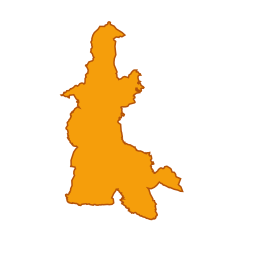 the district of Tonkolili, Northern, Sierra Leone, rotated 112°
{"feature_id": "65957751B39959109464342", "entity_name": "Tonkolili", "entity_type": "district", "adm_level": 2, "iso_a3": "SLE", "parent_name": "Sierra Leone", "parent_adm1": "Northern", "projection": "mercator", "projection_center": [-11.945, 8.764], "detail": "fine", "context": "isolated", "style": "filled", "palette": "amber", "viewbox_px": 256, "rotation_deg": 112, "n_neighbors": 0, "source": "geoboundaries", "source_scale": "gbopen_adm2", "svg_char_len": 5931}
<svg xmlns="http://www.w3.org/2000/svg" viewBox="0 0 256 256"><g transform="rotate(112 128 128)"><path d="M36.7,183.9L36.6,185.0L37.0,185.8L37.9,186.1L38.7,185.7L39.9,186.1L41.2,187.6L42.6,187.7L44.3,192.1L47.5,192.7L52.1,194.9L55.0,195.3L58.5,195.0L60.3,194.3L62.2,194.6L63.7,193.1L65.4,192.3L66.1,191.5L67.5,191.4L68.6,191.9L70.5,191.1L71.5,191.1L72.4,189.0L75.0,186.8L75.2,186.0L76.7,186.4L77.8,185.8L78.9,186.1L81.4,189.0L84.9,189.5L85.1,190.4L85.7,190.4L85.9,190.7L86.2,190.6L86.2,189.7L86.8,189.4L87.1,188.7L89.2,186.6L92.5,185.8L92.7,186.5L94.8,187.2L96.3,186.0L96.4,186.3L96.8,186.1L98.2,186.3L101.0,185.2L102.9,184.8L103.7,185.4L103.3,186.6L103.8,188.0L104.9,189.2L107.2,189.9L108.2,190.6L107.9,191.7L108.5,192.8L111.0,193.8L113.1,195.5L113.1,195.9L115.4,196.8L116.4,198.7L118.0,199.0L119.2,199.9L118.8,200.5L119.0,200.7L121.5,200.6L122.5,202.4L122.8,201.9L121.9,200.1L122.3,197.9L121.4,195.7L121.4,195.3L122.1,195.0L122.0,193.8L121.2,194.0L120.6,194.6L119.4,194.3L117.5,190.8L120.5,186.8L120.9,184.4L122.1,183.7L121.9,184.9L122.2,185.3L123.0,185.3L123.5,183.6L125.8,183.2L127.4,180.6L127.4,182.7L127.8,183.0L130.2,184.5L132.0,184.7L132.5,185.2L133.0,185.0L133.8,185.5L134.0,185.3L134.1,185.8L134.6,185.5L135.0,186.2L135.8,186.1L136.5,186.6L137.4,186.2L137.7,185.6L137.9,185.8L138.8,184.9L139.5,185.2L141.0,185.0L142.2,185.7L143.7,185.6L145.7,186.4L148.1,184.9L151.0,185.5L151.9,185.1L152.5,183.3L154.4,181.9L155.5,181.7L156.0,181.9L157.4,180.4L157.6,180.8L158.6,180.2L159.5,180.4L159.6,179.5L160.1,179.8L160.3,179.5L160.1,178.7L160.5,178.5L160.6,179.0L160.8,178.9L162.0,176.6L163.0,176.2L163.6,174.5L163.3,173.9L164.2,173.8L164.6,172.8L164.4,172.5L165.0,172.0L164.7,169.9L164.2,169.0L164.7,167.6L167.3,168.6L170.7,169.3L179.3,168.7L183.7,166.8L185.1,166.7L185.1,166.4L184.3,166.3L184.6,164.7L184.1,162.6L185.5,161.4L186.3,161.9L188.4,161.9L190.7,161.1L192.1,159.8L197.7,160.4L202.3,158.3L205.7,158.4L207.8,157.8L209.1,158.1L209.5,157.8L210.3,158.3L210.7,158.0L212.3,158.5L212.6,159.4L212.3,159.9L213.0,160.7L213.4,160.8L214.4,160.2L214.6,159.3L215.3,159.0L215.3,158.2L216.2,158.5L216.7,157.5L217.3,157.8L218.5,156.9L219.1,156.1L219.0,155.1L219.4,154.7L218.9,151.9L218.6,151.2L218.2,151.3L217.7,148.4L217.3,147.7L217.5,145.2L217.8,145.3L218.0,144.7L217.5,142.8L216.0,142.2L213.9,138.4L214.2,137.7L212.9,135.4L213.2,134.7L212.7,131.9L212.4,131.1L211.7,130.9L211.2,129.7L211.4,128.7L210.8,126.9L209.8,125.5L209.4,124.1L208.7,123.5L208.5,122.4L206.6,118.6L206.0,116.5L204.7,114.2L202.8,113.2L199.5,115.0L199.1,115.5L198.9,116.9L194.2,116.7L190.8,115.9L189.2,116.0L188.4,114.4L189.5,114.4L189.5,113.2L190.6,111.9L190.8,110.2L191.3,110.2L191.0,109.6L191.7,109.6L192.5,108.4L192.6,107.5L193.3,107.2L193.8,106.3L194.1,107.0L195.3,106.1L195.4,105.7L195.6,106.3L195.1,106.7L195.5,107.5L196.6,107.1L196.7,107.6L197.3,107.8L197.5,108.3L197.8,108.2L198.6,104.7L198.9,104.4L199.2,104.6L199.3,105.2L200.0,105.7L200.6,104.9L200.2,104.5L201.1,102.7L201.4,100.6L202.2,100.5L202.7,99.5L202.5,99.1L202.9,96.9L202.5,96.9L203.2,96.2L203.5,96.6L204.5,96.6L204.5,95.3L204.9,94.8L204.9,93.8L205.5,92.7L204.9,92.2L205.0,91.1L203.6,89.7L203.8,88.4L204.3,87.8L204.4,85.7L204.1,85.2L204.8,84.3L204.8,82.8L204.4,82.6L204.8,80.7L204.4,78.8L204.8,77.0L204.5,76.4L204.4,73.3L203.9,71.6L203.3,71.4L202.5,69.8L202.1,70.2L201.7,68.9L200.7,68.6L199.6,69.2L198.3,68.3L197.8,68.7L197.4,68.5L196.3,69.5L195.1,71.3L193.9,71.5L193.3,72.1L192.8,71.6L191.5,72.7L190.8,72.9L190.7,73.3L188.9,73.8L188.0,73.3L186.9,75.4L185.5,76.3L185.9,77.7L184.3,78.5L180.9,82.6L177.1,85.7L176.3,87.1L176.1,85.2L175.4,83.5L173.1,81.4L170.4,79.9L166.4,78.7L167.0,76.5L166.8,75.7L167.7,73.8L167.4,73.4L167.5,71.0L167.9,67.4L167.4,67.0L167.5,62.3L166.9,58.5L167.0,55.7L166.3,53.6L162.8,56.9L161.6,60.1L155.3,60.2L155.2,65.0L154.0,66.1L153.1,66.5L151.8,68.4L152.3,70.7L150.0,72.6L149.5,73.8L148.9,77.6L150.1,79.4L152.1,79.7L152.6,80.5L152.5,81.8L153.0,83.0L155.1,84.2L156.7,84.4L159.8,86.1L160.1,86.7L159.3,87.0L159.2,88.8L158.4,88.6L157.7,89.0L157.6,90.2L157.0,90.3L156.3,91.6L155.0,91.9L154.8,92.9L153.0,92.5L151.8,90.7L151.5,90.8L152.0,91.9L151.8,92.3L151.3,91.7L150.3,91.7L150.1,92.1L150.8,93.1L149.5,94.9L149.1,95.1L147.7,94.5L145.9,95.5L144.9,96.4L145.7,97.2L145.0,98.5L143.8,98.3L142.6,98.7L143.6,100.1L143.8,101.0L144.8,101.4L144.4,102.2L145.1,102.5L144.6,106.2L144.7,108.1L145.3,109.2L145.5,111.8L144.9,111.9L144.3,113.4L143.0,114.5L143.6,115.1L143.1,116.9L143.2,118.3L142.8,119.1L143.4,122.2L143.0,123.4L143.8,124.7L143.2,125.9L142.5,125.6L142.6,127.2L141.4,128.0L140.5,129.6L139.5,129.4L139.0,130.3L138.3,130.0L134.5,132.3L133.5,133.2L127.4,136.2L126.9,138.5L126.2,139.7L125.4,139.9L124.3,139.4L123.4,139.5L123.4,138.7L123.0,138.6L122.1,139.9L121.6,140.0L121.2,139.7L121.3,138.4L120.7,138.2L119.6,138.2L118.5,139.0L118.2,137.7L118.5,136.7L118.1,136.4L116.8,136.5L116.3,138.1L116.9,139.2L116.8,139.7L115.6,139.4L113.8,140.5L112.5,140.7L111.8,142.1L111.4,142.2L110.9,142.1L109.3,138.3L108.0,136.4L105.5,135.8L102.1,131.3L101.6,131.1L101.0,131.5L99.2,133.8L98.3,133.8L97.6,133.0L97.1,133.0L96.2,133.7L96.2,135.0L95.4,135.0L92.6,133.3L90.8,130.5L90.2,131.5L90.3,133.3L90.0,134.6L89.3,135.2L88.1,135.5L87.7,134.5L88.9,133.8L89.0,131.3L89.8,130.4L88.8,129.6L88.1,129.7L86.8,130.7L86.0,130.2L85.5,128.7L84.5,128.4L84.0,129.4L83.6,131.7L81.7,133.7L83.1,134.8L82.8,135.7L82.0,135.9L80.3,134.3L80.3,135.6L80.0,135.9L77.9,137.5L76.2,138.1L74.6,137.3L74.2,136.0L73.2,137.0L73.4,138.1L72.3,139.8L72.8,141.3L72.5,141.5L71.0,141.5L71.9,143.8L72.5,144.5L75.2,145.6L76.7,145.7L78.5,146.9L81.1,146.5L81.5,150.3L82.6,151.7L84.9,152.8L86.5,154.8L85.8,155.2L85.1,157.2L82.3,158.6L81.9,159.5L80.9,159.1L80.1,159.2L74.7,164.5L72.2,165.7L68.6,166.7L64.7,166.7L57.2,170.7L52.3,171.9L51.8,173.9L50.8,174.8L48.0,173.0L47.4,170.3L46.6,170.2L46.0,169.7L45.7,167.8L43.0,165.7L41.7,169.2L40.6,175.9L38.8,179.0L38.6,182.9L38.1,183.5L36.7,183.9Z" fill="#f59e0b" stroke="#b45309" stroke-width="1.5"/></g></svg>